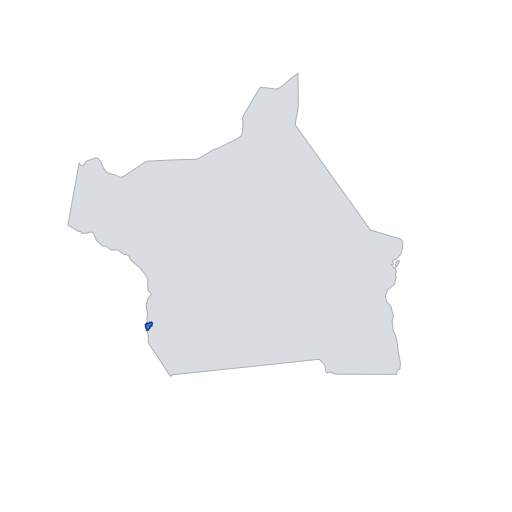 location of Teso South, Western, Kenya, rotated 325°
{"feature_id": "3690345B15305563297607", "entity_name": "Teso South", "entity_type": "district", "adm_level": 2, "iso_a3": "KEN", "parent_name": "Kenya", "parent_adm1": "Western", "projection": "albers", "projection_center": [34.227, 0.538], "detail": "fine", "context": "in_parent", "style": "filled", "palette": "blue", "viewbox_px": 512, "rotation_deg": 325, "n_neighbors": 0, "source": "geoboundaries", "source_scale": "gbopen_adm2", "svg_char_len": 4370}
<svg xmlns="http://www.w3.org/2000/svg" viewBox="0 0 512 512"><g transform="rotate(325 256 256)"><path d="M117.0,305.5L116.9,299.6L117.7,284.4L117.6,271.1L118.4,264.4L121.7,260.2L123.2,257.1L124.3,252.9L126.0,249.4L129.9,246.5L130.6,245.0L134.7,240.2L137.2,234.1L139.1,232.0L141.4,230.1L143.0,229.1L145.8,228.1L147.9,227.5L148.3,227.0L148.5,226.0L147.7,222.2L148.7,221.0L150.1,218.5L151.7,216.1L153.2,214.6L154.1,213.0L154.5,210.4L154.5,208.5L154.5,205.4L154.0,198.4L152.3,192.5L151.2,186.0L152.0,183.8L150.6,179.9L149.9,179.7L148.8,178.9L147.4,175.3L146.3,172.0L145.6,171.1L140.9,168.2L138.6,161.4L136.0,159.9L134.6,153.1L134.3,151.2L135.8,144.4L135.6,142.8L134.1,141.4L129.7,139.9L126.1,137.2L126.6,136.2L126.9,135.2L125.0,134.5L119.6,122.9L126.6,116.0L133.6,108.9L142.7,100.0L151.0,91.8L158.1,84.7L164.5,78.4L164.4,79.6L164.4,81.2L165.2,82.2L166.5,82.9L168.4,82.2L170.0,81.2L171.5,81.0L181.1,83.6L182.8,85.9L182.7,88.3L183.1,90.1L182.3,91.9L181.5,97.3L181.8,102.3L184.7,106.0L187.3,108.9L189.3,112.9L190.8,114.2L192.9,114.8L199.5,115.0L209.3,115.2L218.8,115.5L219.6,115.6L221.6,116.1L230.3,121.6L238.3,126.6L245.0,130.9L251.5,135.2L257.9,139.3L262.8,142.7L267.7,143.7L275.6,144.2L281.0,144.3L286.1,145.7L293.6,147.0L299.2,147.7L302.6,148.5L312.0,149.2L313.5,148.8L317.6,144.9L322.2,138.7L324.0,135.3L330.0,131.9L340.5,127.2L347.9,123.8L356.1,120.4L359.9,123.3L365.0,127.9L367.4,130.2L369.2,131.2L372.0,131.8L375.5,131.8L377.3,131.7L381.1,131.1L390.0,130.5L395.1,130.5L390.9,136.7L385.8,144.1L376.4,157.8L369.2,165.0L363.8,170.4L363.3,171.4L363.4,177.4L363.5,192.2L363.8,221.6L364.1,251.1L364.4,280.6L364.5,295.3L364.6,300.2L369.4,306.4L374.2,312.4L380.4,320.3L383.8,324.6L384.3,326.0L384.2,328.9L379.1,334.9L374.9,337.7L369.3,339.0L367.6,338.8L365.4,337.9L364.5,339.3L363.9,341.6L362.7,341.1L361.7,340.5L362.3,344.4L362.9,346.4L362.1,349.1L359.3,351.4L359.1,353.3L353.2,358.5L344.8,359.1L340.4,361.7L338.5,363.8L337.0,368.3L337.5,375.3L335.2,380.7L334.8,383.4L330.5,386.9L328.6,390.1L327.2,393.3L325.9,394.7L324.5,402.0L322.5,406.4L322.0,407.9L321.5,409.2L319.9,411.8L318.9,413.6L318.2,414.8L313.1,426.1L309.1,431.2L306.0,430.7L303.9,432.7L303.7,433.6L302.6,433.1L299.9,431.2L294.5,427.4L289.1,423.6L283.7,419.8L278.3,416.0L272.9,412.1L267.5,408.3L262.1,404.5L256.7,400.7L253.6,398.4L252.2,397.1L251.0,394.4L250.5,393.8L249.1,393.0L247.4,392.8L246.9,392.3L246.9,391.0L247.5,389.2L249.5,385.6L249.7,383.5L249.3,381.2L248.6,377.4L248.1,376.6L244.5,374.6L237.1,370.5L229.6,366.4L222.1,362.2L214.6,358.1L207.1,354.0L199.6,349.8L192.2,345.7L184.7,341.6L177.2,337.4L169.8,333.3L162.3,329.1L154.8,325.0L147.4,320.9L139.9,316.7L132.4,312.6L125.0,308.4L122.2,306.8L119.6,305.5L117.0,305.5ZM365.4,345.2L364.1,345.5L364.8,343.5L368.6,340.9L370.2,341.4L370.5,342.0L370.4,342.6L369.7,343.1L365.4,345.2Z" fill="#d9dde1" stroke="#a8b0b8" stroke-width="1"/><path d="M127.6,253.9L127.8,253.7L127.9,253.4L128.0,253.4L128.3,253.4L128.4,253.2L128.5,253.2L128.7,252.9L128.8,252.9L129.1,252.8L129.3,252.8L129.5,252.8L129.8,252.8L130.0,252.8L130.2,253.0L130.1,253.3L130.0,253.5L130.3,253.6L130.5,253.5L130.5,253.4L130.7,253.2L130.8,253.2L131.0,253.0L131.0,252.9L131.1,252.7L131.3,252.6L131.5,252.4L131.8,252.3L131.9,252.2L132.0,252.1L132.2,251.9L132.3,251.8L132.3,251.7L132.5,251.5L132.5,251.4L132.5,251.2L132.4,251.1L132.4,250.9L132.4,250.7L132.5,250.5L132.5,250.4L132.4,250.3L132.2,250.3L132.1,250.2L131.9,250.1L131.7,250.1L131.0,249.7L130.9,249.6L130.7,249.4L130.6,249.5L130.7,249.8L130.6,250.0L130.4,250.1L129.0,249.6L129.0,249.4L129.0,249.2L128.9,249.0L128.9,248.9L128.9,249.0L128.8,248.9L128.7,248.9L128.4,248.7L128.2,248.7L127.9,248.7L127.7,248.6L127.4,248.7L127.2,248.7L127.2,248.8L127.1,249.0L126.9,249.1L126.9,249.3L126.7,249.3L126.6,249.2L126.5,249.3L126.4,249.4L126.3,249.5L126.2,249.4L126.2,249.5L125.9,249.7L125.9,249.8L125.7,249.9L125.7,250.0L125.4,250.1L125.2,250.1L124.8,250.9L124.8,251.0L124.8,251.6L124.7,251.7L124.5,252.2L124.5,252.3L124.6,252.5L124.5,252.8L124.5,253.0L124.5,253.3L124.5,253.5L124.4,253.7L124.2,253.8L124.1,254.0L123.9,254.1L124.0,254.2L124.1,254.3L124.5,254.4L124.7,254.5L124.8,254.5L125.0,254.6L125.2,254.8L125.3,254.8L125.3,254.7L125.5,254.6L125.5,254.4L125.5,254.2L125.8,254.0L126.0,254.1L126.3,254.2L126.4,254.3L126.5,254.3L126.8,254.3L127.0,254.2L127.3,254.1L127.5,254.1L127.6,253.9Z" fill="#3b82f6" stroke="#1e3a8a" stroke-width="1.5"/></g></svg>